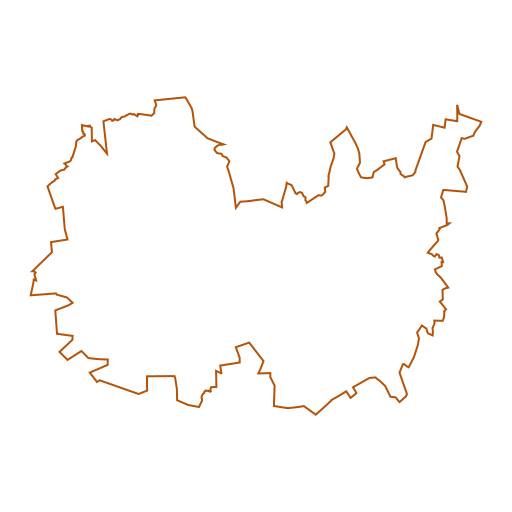 Quiriego, Sonora, Mexico
{"feature_id": "50627088B40581127001801", "entity_name": "Quiriego", "entity_type": "district", "adm_level": 2, "iso_a3": "MEX", "parent_name": "Mexico", "parent_adm1": "Sonora", "projection": "orthographic", "projection_center": [-109.479, 27.591], "detail": "fine", "context": "isolated", "style": "outline", "palette": "amber", "viewbox_px": 512, "rotation_deg": 0, "n_neighbors": 0, "source": "geoboundaries", "source_scale": "gbopen_adm2", "svg_char_len": 5718}
<svg xmlns="http://www.w3.org/2000/svg" viewBox="0 0 512 512"><path d="M457.1,104.9L457.3,114.2L457.2,121.2L445.6,119.3L444.6,127.7L433.2,124.9L431.5,138.6L425.6,142.0L415.5,170.2L415.3,172.1L412.6,175.3L405.4,177.0L404.7,177.4L403.3,175.7L402.6,175.5L402.1,175.2L401.9,175.0L400.4,173.6L400.5,172.1L399.4,170.7L397.6,168.4L396.9,166.2L395.7,158.2L383.6,161.3L384.6,164.4L376.7,170.3L373.8,172.0L372.5,177.4L367.4,178.2L361.8,177.5L361.0,177.3L358.9,173.4L356.9,168.8L360.0,162.8L359.3,153.2L357.8,148.2L355.2,142.7L346.8,127.3L346.0,129.3L330.3,142.3L334.4,153.7L333.6,158.3L330.9,165.7L328.4,176.3L328.7,176.8L328.2,185.9L324.7,187.7L325.3,191.9L322.2,195.2L320.5,195.7L318.9,195.2L318.5,195.2L306.8,202.9L306.2,201.2L305.4,200.2L305.4,199.1L305.6,197.9L305.5,197.3L305.1,197.0L304.7,196.8L303.7,196.4L302.0,192.9L300.1,192.0L297.8,193.0L296.9,194.1L295.6,193.4L291.7,185.2L287.7,183.5L286.7,182.8L286.2,186.6L282.0,201.2L281.6,201.6L282.1,207.4L263.5,199.3L260.2,199.6L253.3,200.4L252.7,200.6L246.9,201.3L240.3,201.7L239.9,202.2L235.9,207.8L233.5,188.1L228.5,170.6L227.1,166.7L229.4,161.3L226.5,157.5L222.7,156.1L221.5,153.8L217.0,153.1L214.5,149.9L214.8,147.9L217.3,145.8L219.6,144.8L222.2,144.7L223.6,144.4L221.6,143.7L216.1,141.6L212.2,140.1L210.0,139.2L209.2,139.0L207.6,138.3L194.6,126.7L192.5,111.2L191.6,108.1L186.1,98.4L185.2,97.3L154.7,100.4L156.3,105.4L154.3,108.9L154.3,113.0L151.4,115.8L150.7,115.5L140.5,114.1L137.9,114.0L137.9,115.5L137.4,116.3L133.7,114.0L133.0,114.6L131.2,113.9L130.7,113.6L129.8,113.8L129.4,113.9L128.9,113.9L127.8,114.7L126.6,115.2L125.6,115.9L125.1,116.3L121.5,117.2L119.9,119.3L117.3,120.3L116.6,119.8L116.2,119.7L115.7,119.6L115.4,119.5L114.9,119.6L114.6,119.4L114.5,119.1L114.4,119.0L114.1,119.4L114.0,119.7L114.0,119.9L113.9,120.0L113.4,120.2L113.0,120.3L112.9,120.4L112.7,120.8L112.4,120.9L112.2,120.9L111.4,119.7L110.7,119.3L110.2,119.1L109.4,119.0L103.4,121.3L107.0,153.6L104.9,151.1L101.3,146.5L95.1,140.1L91.9,141.4L91.7,127.6L90.5,127.2L89.9,125.6L88.0,125.9L88.0,126.5L81.9,125.0L81.8,125.4L81.8,125.6L81.9,125.8L82.0,125.9L82.5,126.3L82.5,126.6L82.4,126.7L82.2,126.9L82.1,127.2L82.0,127.9L82.0,128.3L82.0,128.6L82.3,129.3L82.3,129.6L82.2,129.9L82.1,130.1L82.1,130.3L82.3,130.7L82.4,130.8L82.4,131.3L82.5,131.4L82.7,131.5L82.9,131.7L83.1,131.9L83.2,132.2L83.3,132.5L83.2,133.2L83.2,133.3L83.3,133.3L83.4,133.6L83.6,133.6L84.1,133.8L84.3,133.9L84.5,134.1L84.7,134.3L84.8,134.6L84.9,134.9L84.9,135.1L84.9,135.3L84.8,135.6L84.6,135.8L83.6,136.2L82.4,136.8L81.9,137.3L81.5,137.6L81.4,137.6L81.2,137.7L80.9,138.0L80.7,138.3L80.4,138.4L80.0,138.6L79.6,138.8L79.1,139.2L78.3,139.6L77.8,139.9L77.2,140.3L76.9,140.5L76.2,142.4L75.8,146.6L72.4,157.3L72.0,157.3L71.8,157.4L71.6,157.6L71.5,157.9L71.4,158.2L71.3,158.8L71.1,159.2L71.0,159.7L70.9,160.1L70.8,160.5L70.5,160.9L70.2,161.2L64.4,163.5L65.7,164.7L66.9,166.2L67.4,166.5L66.5,166.9L66.0,167.3L65.2,168.3L64.4,169.5L64.2,169.6L61.1,170.4L60.6,170.5L60.2,170.7L55.7,174.1L58.1,178.0L55.0,179.6L54.9,180.3L54.8,180.5L53.1,181.6L51.6,182.7L50.5,183.6L49.2,184.7L47.5,186.4L50.4,194.7L52.7,201.3L55.4,208.8L62.9,206.8L64.3,223.6L64.8,229.4L67.5,239.5L51.0,242.1L51.6,248.8L51.5,249.1L51.7,249.4L51.9,251.9L51.9,252.3L32.3,271.3L34.1,271.4L35.6,272.5L34.4,274.3L35.5,278.2L35.7,278.6L35.8,279.3L36.1,280.5L33.8,279.5L33.3,283.2L30.7,295.3L56.0,293.4L56.7,294.6L67.0,297.5L72.6,302.8L68.7,305.2L55.3,310.4L57.0,333.8L72.6,335.9L72.4,339.8L59.5,351.9L67.5,359.9L81.4,351.0L88.4,358.1L98.7,359.2L107.8,359.5L107.6,364.9L89.8,372.6L97.0,382.0L99.6,380.3L111.0,384.3L116.1,386.1L138.6,394.0L147.2,390.6L147.0,385.3L147.0,376.3L160.4,376.2L174.5,376.1L175.2,378.3L176.9,388.9L177.1,400.2L188.2,405.0L199.0,407.0L200.7,403.4L202.1,400.4L202.0,399.9L202.0,399.7L202.0,399.4L202.0,399.1L201.8,398.6L201.7,398.3L201.6,398.0L201.6,397.8L201.5,397.3L201.6,396.9L201.9,396.0L202.3,395.1L202.5,394.8L202.8,394.0L203.0,393.9L203.7,393.3L204.2,392.9L204.3,392.4L204.3,391.9L204.6,391.6L204.8,391.4L205.3,391.0L205.5,390.6L205.9,390.5L206.4,390.8L206.9,391.0L207.5,390.7L207.9,390.7L208.3,390.7L208.7,391.1L210.1,391.7L210.8,391.3L210.8,391.1L210.5,390.7L210.4,389.4L211.1,387.2L216.4,386.9L216.1,370.9L221.1,373.3L221.4,373.2L220.2,365.6L239.7,362.5L239.7,360.9L239.6,357.5L235.8,347.2L249.2,342.6L263.5,361.1L260.4,369.2L258.3,373.4L260.4,373.4L270.3,373.1L270.3,377.0L274.6,385.7L274.0,402.7L273.9,406.0L288.0,408.2L298.2,407.0L303.9,406.1L312.9,412.6L314.2,413.4L315.7,414.7L322.6,408.6L326.6,404.9L331.4,400.5L331.4,400.1L338.6,396.0L346.2,391.3L350.6,397.9L356.4,393.1L355.0,390.5L354.5,389.8L353.0,387.3L369.5,377.9L375.6,377.4L376.1,378.1L380.2,381.2L385.2,386.0L390.5,396.8L395.6,397.3L399.5,402.1L405.9,396.4L407.0,394.2L399.5,372.6L403.0,364.1L403.8,364.0L407.4,366.7L408.7,367.3L414.0,357.0L418.0,344.5L418.6,340.4L418.9,338.3L417.1,332.5L419.7,328.8L421.9,325.5L426.4,328.6L427.6,332.6L428.3,333.5L432.7,335.4L432.9,331.1L432.5,328.1L434.5,323.7L434.3,320.6L442.7,320.8L444.0,317.4L444.4,311.9L444.1,311.4L446.1,309.3L439.8,301.6L442.8,299.5L442.5,289.9L444.7,288.5L448.2,287.6L444.8,283.0L440.7,277.5L437.6,274.7L435.8,272.4L434.9,269.4L441.8,266.1L441.6,261.9L443.1,262.1L441.7,257.5L439.5,257.7L438.8,255.1L436.6,254.1L434.8,256.5L433.9,256.2L431.6,254.1L427.8,252.8L429.6,250.3L429.7,250.2L438.0,240.8L438.3,240.0L436.4,233.5L439.6,229.4L439.3,228.1L447.0,225.2L449.4,223.3L446.7,223.3L446.7,218.4L445.1,208.3L443.5,200.4L441.0,197.5L443.3,189.9L463.6,191.6L466.0,191.9L467.2,186.6L459.9,170.0L457.5,166.6L459.5,156.2L457.0,151.7L458.1,148.5L459.7,143.9L461.7,138.1L464.5,138.9L469.3,137.1L473.3,135.7L474.7,132.3L477.0,129.1L479.5,126.0L481.3,121.8L459.5,114.0L457.1,104.9Z" fill="none" stroke="#b45309" stroke-width="2"/></svg>